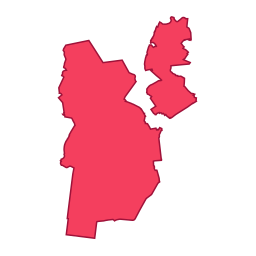 outline of Amsterdam, Noord-Holland, Netherlands, rotated 265°
{"feature_id": "6326949B30737301574950", "entity_name": "Amsterdam", "entity_type": "district", "adm_level": 2, "iso_a3": "NLD", "parent_name": "Netherlands", "parent_adm1": "Noord-Holland", "projection": "albers", "projection_center": [4.983, 52.355], "detail": "fine", "context": "isolated", "style": "filled", "palette": "rose", "viewbox_px": 256, "rotation_deg": 265, "n_neighbors": 0, "source": "geoboundaries", "source_scale": "gbopen_adm2", "svg_char_len": 5777}
<svg xmlns="http://www.w3.org/2000/svg" viewBox="0 0 256 256"><g transform="rotate(265 128 128)"><path d="M122.7,161.6L124.5,161.6L125.6,159.6L124.7,159.0L124.6,158.8L123.6,158.2L124.0,157.3L123.4,156.7L123.9,156.2L125.4,155.8L124.9,150.3L125.6,150.1L127.1,149.5L130.3,147.9L130.2,147.8L130.6,147.3L130.8,146.8L131.0,146.3L131.0,145.7L132.1,145.8L132.8,145.4L132.7,145.3L133.7,144.7L136.9,145.7L137.7,145.7L138.2,146.5L139.1,145.9L139.9,145.6L141.1,145.7L141.1,144.9L142.3,144.6L144.0,143.7L145.5,143.0L145.7,142.9L145.6,142.7L146.9,141.8L147.5,141.2L151.3,135.1L151.4,134.7L152.2,133.4L154.2,129.3L154.7,128.0L155.0,128.5L156.1,127.8L156.8,127.2L156.7,127.1L156.9,126.7L157.3,126.8L158.3,127.2L159.6,128.0L173.6,140.1L174.0,139.8L174.4,139.5L176.3,139.2L177.1,139.3L178.7,139.8L179.4,139.7L180.3,139.1L180.8,138.4L180.9,138.1L181.0,137.6L183.0,133.9L196.1,128.1L195.3,108.8L211.8,100.2L218.6,96.6L215.9,73.3L212.5,70.8L210.9,70.2L209.9,70.9L209.3,71.2L206.5,70.8L202.7,72.0L201.7,72.1L198.0,70.4L196.2,70.0L194.8,69.4L194.0,69.2L193.8,69.3L193.4,69.7L193.2,70.2L192.9,70.7L192.3,71.1L190.9,71.7L190.9,70.6L190.8,69.8L190.3,68.7L190.0,68.2L188.9,67.6L187.7,67.5L187.3,67.4L186.2,66.5L185.9,66.6L185.4,67.7L184.3,68.5L174.1,62.6L169.1,62.7L168.6,62.6L168.6,62.9L168.6,63.5L167.9,64.5L167.7,64.6L167.1,64.6L166.7,65.0L164.2,61.4L159.0,65.1L149.4,65.7L149.2,65.8L149.1,65.4L147.9,65.6L147.3,64.6L147.2,64.4L147.4,64.3L147.4,64.2L146.6,64.7L146.8,65.2L146.7,65.9L145.7,65.9L145.0,66.3L144.6,66.2L143.0,72.0L142.8,72.5L142.5,72.9L141.6,73.3L139.9,73.9L137.5,75.0L135.0,75.4L134.8,74.9L129.2,70.8L128.7,70.5L126.5,69.0L125.9,68.8L125.9,69.0L125.6,69.0L125.3,68.9L122.6,67.0L122.2,66.8L122.2,66.6L121.9,66.5L120.0,65.0L118.7,64.3L116.8,63.4L115.4,63.0L113.4,62.6L111.7,62.4L108.1,62.5L107.8,62.2L107.4,62.0L106.1,62.3L105.1,62.2L104.5,61.8L104.1,61.6L103.1,60.2L102.7,58.8L102.3,58.8L102.0,58.4L101.3,58.2L101.2,58.0L100.6,58.6L100.1,58.1L98.9,57.7L98.0,57.8L96.7,58.4L96.7,58.7L96.7,59.1L96.5,59.5L94.2,62.7L94.0,63.2L93.9,63.7L94.0,64.1L95.0,66.4L95.0,66.7L95.0,67.1L94.8,67.8L92.9,70.7L86.8,69.0L43.1,59.6L42.9,60.6L27.1,57.2L21.1,85.2L36.5,88.5L37.3,88.8L37.5,89.0L37.6,91.4L37.6,95.6L37.9,97.8L38.1,100.3L38.2,105.0L37.1,106.3L36.7,106.5L37.3,107.9L37.6,109.0L37.7,109.9L37.9,111.6L37.8,112.5L37.5,114.3L35.7,124.4L35.7,124.8L35.8,125.8L36.4,126.7L37.1,127.3L45.2,132.5L55.8,139.7L56.5,140.5L59.6,145.5L59.9,145.8L69.8,152.6L70.8,153.5L71.1,154.0L71.5,154.8L72.1,154.8L72.3,154.6L75.3,154.6L75.8,154.5L83.4,153.1L83.5,153.0L83.4,151.5L84.0,151.1L85.9,150.5L86.7,151.0L88.0,150.7L88.2,150.2L92.7,150.4L93.0,151.8L92.9,158.3L93.0,158.3L93.0,158.5L93.6,158.6L93.6,158.4L93.8,158.4L115.5,157.8L115.9,158.2L116.6,158.5L118.5,158.6L119.0,158.8L120.2,159.6L122.0,160.5L122.7,161.1L122.7,161.6ZM148.7,198.5L149.5,198.2L149.8,198.2L150.2,198.3L150.7,198.5L151.4,198.5L152.0,198.7L152.7,196.8L154.4,196.6L154.7,196.4L154.9,196.1L155.1,196.9L155.8,197.4L156.1,196.6L156.4,196.3L156.7,195.3L156.9,194.1L160.0,191.1L164.4,188.1L164.7,187.4L168.6,188.1L172.6,188.6L173.2,187.9L173.2,187.5L173.4,187.5L175.0,185.2L175.1,182.3L175.9,182.1L175.9,180.9L176.2,179.9L177.0,180.0L178.3,177.7L178.5,177.1L179.1,176.9L179.6,176.6L180.4,175.5L181.1,175.2L182.1,175.2L183.5,175.8L184.1,176.0L186.2,176.2L186.3,177.4L186.4,188.3L186.4,194.5L187.1,195.2L187.8,195.7L189.0,193.3L191.3,189.1L192.8,191.2L193.9,191.9L196.3,194.0L197.1,193.4L198.2,194.7L198.9,194.2L200.9,192.3L202.5,189.7L203.2,190.2L203.9,191.0L205.0,190.0L207.7,188.3L209.8,190.3L210.3,191.1L210.6,192.3L211.0,192.1L211.1,194.5L211.0,195.8L211.3,195.8L211.3,196.4L210.9,196.5L210.4,196.3L210.2,196.7L210.1,197.0L210.7,197.1L211.0,197.3L210.4,197.6L210.5,197.9L210.1,198.3L210.6,198.6L217.6,198.8L221.9,197.5L223.6,195.4L231.7,197.0L231.8,195.8L231.7,195.4L232.1,195.0L232.1,194.7L233.0,194.0L233.0,193.4L233.2,193.1L233.3,192.9L233.3,192.6L233.2,192.2L233.2,191.8L231.7,189.8L231.5,189.5L230.9,188.6L230.4,187.7L229.9,187.1L229.7,186.6L229.7,186.2L229.8,185.7L230.2,185.2L232.2,183.6L234.0,183.4L234.7,181.8L234.9,181.0L234.6,180.4L234.0,180.0L233.5,179.9L231.6,180.5L231.3,180.4L229.9,179.7L229.3,179.0L228.9,178.5L228.7,178.0L228.1,175.0L228.4,172.1L228.5,171.7L228.7,171.4L229.8,170.3L230.3,169.6L230.4,169.2L230.8,168.9L229.2,167.8L226.0,166.4L226.3,165.7L226.6,165.4L226.4,165.3L225.2,164.6L221.9,163.4L221.9,163.2L222.0,163.0L221.0,162.5L220.9,162.7L217.8,161.7L215.3,159.8L215.2,160.1L213.8,158.7L213.3,158.3L213.0,158.6L212.9,158.4L211.2,157.9L210.9,158.0L210.6,158.1L210.9,158.7L211.1,159.6L210.9,160.8L209.8,161.7L209.3,162.2L208.4,162.8L207.8,163.0L207.0,163.4L206.8,163.1L207.4,162.7L206.1,160.4L206.9,159.6L208.1,158.9L208.7,158.4L208.7,158.1L208.8,156.6L208.0,156.3L207.3,155.8L206.5,155.4L201.9,153.6L201.2,153.5L200.2,153.8L199.5,153.7L199.1,153.4L199.4,153.1L198.8,152.6L198.6,152.8L197.9,152.3L196.3,151.6L192.5,150.5L190.2,150.0L188.0,150.2L186.2,150.0L185.3,150.1L183.8,150.6L184.2,152.8L184.5,157.0L183.4,157.3L183.2,156.1L183.1,155.9L177.7,160.9L174.9,163.8L172.8,165.6L172.6,165.3L172.4,165.1L172.4,163.8L172.5,163.1L172.4,162.4L171.5,160.7L169.6,156.5L169.3,155.8L168.8,154.2L167.8,152.6L165.4,150.3L164.5,150.1L163.1,150.1L162.6,149.9L161.6,149.7L161.1,150.2L160.1,150.3L159.8,151.1L159.4,151.8L158.1,153.1L157.7,153.9L157.2,154.3L155.7,152.9L147.3,157.6L144.5,152.5L140.4,154.8L139.4,156.1L139.0,156.2L138.8,157.0L140.1,158.2L140.3,159.3L140.7,160.4L139.9,160.8L140.3,161.6L140.0,162.7L139.0,163.2L139.4,164.0L139.4,164.6L137.4,165.7L138.1,166.8L136.8,167.5L134.5,169.9L134.7,170.0L134.1,170.6L134.4,171.0L134.2,171.3L134.4,171.5L134.2,171.6L134.8,172.8L135.4,173.8L136.0,174.6L136.3,175.2L137.3,176.7L143.7,189.1L147.0,194.6L146.8,194.7L148.7,198.5Z" fill="#f43f5e" stroke="#9f1239" stroke-width="1.5"/></g></svg>